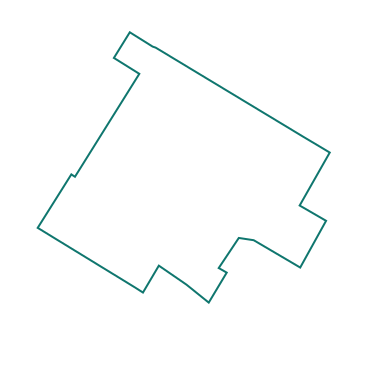 the district of Morgan, Ohio, United States of America, rotated 28°
{"feature_id": "52423323B32788955396058", "entity_name": "Morgan", "entity_type": "district", "adm_level": 2, "iso_a3": "USA", "parent_name": "United States of America", "parent_adm1": "Ohio", "projection": "albers", "projection_center": [-81.828, 39.61], "detail": "fine", "context": "isolated", "style": "outline", "palette": "teal", "viewbox_px": 384, "rotation_deg": 28, "n_neighbors": 0, "source": "geoboundaries", "source_scale": "gbopen_adm2", "svg_char_len": 440}
<svg xmlns="http://www.w3.org/2000/svg" viewBox="0 0 384 384"><g transform="rotate(28 192 192)"><path d="M185.7,303.0L195.9,303.8L197.3,272.6L230.6,276.4L258.7,281.8L259.0,275.9L260.5,246.9L251.3,246.6L254.9,210.6L269.1,205.6L323.0,207.9L323.9,154.5L293.4,153.4L295.1,92.5L264.4,91.0L92.1,81.6L89.0,82.1L62.1,80.2L60.1,110.3L90.0,112.4L81.5,233.5L77.2,233.1L72.6,296.1L185.7,303.0Z" fill="none" stroke="#0f766e" stroke-width="2"/></g></svg>